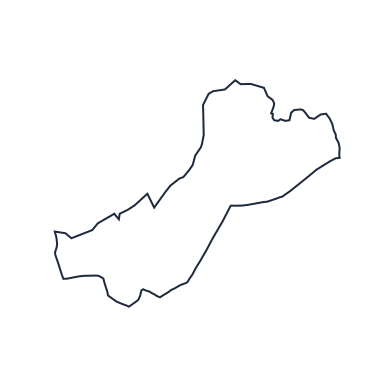 Al-Shamiya, Al-Qādisiyyah, Iraq, rotated 236°
{"feature_id": "34846034B85923649366484", "entity_name": "Al-Shamiya", "entity_type": "district", "adm_level": 2, "iso_a3": "IRQ", "parent_name": "Iraq", "parent_adm1": "Al-Qādisiyyah", "projection": "orthographic", "projection_center": [44.634, 31.867], "detail": "fine", "context": "isolated", "style": "outline", "palette": "slate", "viewbox_px": 384, "rotation_deg": 236, "n_neighbors": 0, "source": "geoboundaries", "source_scale": "gbopen_adm2", "svg_char_len": 1838}
<svg xmlns="http://www.w3.org/2000/svg" viewBox="0 0 384 384"><g transform="rotate(236 192 192)"><path d="M235.9,56.1L234.4,55.6L230.0,54.1L226.2,52.1L224.0,50.9L221.7,48.7L218.4,44.6L217.0,43.8L214.8,43.1L209.8,41.8L206.5,40.9L201.6,39.4L196.8,38.0L192.0,36.8L190.0,40.0L187.4,46.2L185.7,50.2L183.2,55.1L176.6,65.4L174.9,67.6L170.7,69.8L169.8,70.1L165.8,68.7L160.9,67.2L156.8,66.1L154.1,64.9L153.2,64.5L148.8,66.1L143.4,68.1L138.1,71.6L133.4,75.0L132.2,75.6L132.4,84.3L132.6,87.2L135.0,91.0L138.8,95.2L138.6,97.2L136.9,98.1L133.0,101.2L130.7,102.1L128.4,103.5L125.6,104.6L122.6,106.6L122.5,110.8L122.2,115.9L122.4,120.0L121.8,123.7L121.4,130.2L119.9,136.2L119.9,138.0L121.4,141.1L123.5,146.5L126.7,152.3L130.6,161.0L136.3,172.6L141.8,182.8L148.8,197.3L150.5,200.9L155.9,210.7L159.0,216.5L156.3,220.4L155.4,221.8L152.7,226.0L150.3,230.7L148.2,235.4L143.8,245.4L141.9,249.0L139.4,258.1L138.5,261.9L137.7,264.1L137.7,265.3L137.9,273.9L139.6,294.7L140.9,308.0L140.5,318.1L140.3,323.6L139.6,330.1L137.9,333.2L137.8,333.6L138.1,333.7L139.8,334.4L146.1,339.1L150.6,341.0L156.3,341.6L159.3,343.3L163.9,344.0L169.8,346.3L175.8,347.2L182.0,346.9L184.3,342.0L184.3,334.2L188.1,330.6L194.1,330.3L197.7,329.9L199.6,328.4L202.8,322.7L202.3,318.6L197.0,312.9L198.8,309.1L202.8,306.1L202.8,303.1L205.5,300.3L208.6,300.3L211.5,302.7L212.9,301.6L217.3,307.6L219.5,309.7L223.3,310.3L229.1,308.2L238.1,309.9L248.8,301.1L254.2,292.6L260.5,290.3L258.6,276.6L263.7,266.0L264.1,260.7L257.9,249.7L252.6,246.4L232.6,233.5L226.4,227.3L225.6,226.3L224.1,224.4L220.4,215.0L214.1,207.8L211.8,202.1L209.2,193.2L210.2,189.1L209.4,177.8L207.1,170.4L200.2,151.9L215.5,154.0L213.0,136.8L213.2,128.4L214.4,119.9L210.3,116.1L214.6,115.6L217.4,115.5L218.7,96.4L216.2,88.0L221.1,66.2L228.6,64.0L235.3,56.8L235.9,56.1Z" fill="none" stroke="#1e293b" stroke-width="2"/></g></svg>